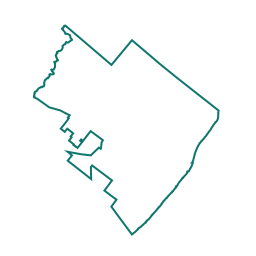 the district of Magdalena, Buenos Aires, Argentina, rotated 86°
{"feature_id": "61730980B51096129050346", "entity_name": "Magdalena", "entity_type": "district", "adm_level": 2, "iso_a3": "ARG", "parent_name": "Argentina", "parent_adm1": "Buenos Aires", "projection": "mercator", "projection_center": [-57.557, -35.188], "detail": "fine", "context": "isolated", "style": "outline", "palette": "teal", "viewbox_px": 256, "rotation_deg": 86, "n_neighbors": 0, "source": "geoboundaries", "source_scale": "gbopen_adm2", "svg_char_len": 5425}
<svg xmlns="http://www.w3.org/2000/svg" viewBox="0 0 256 256"><g transform="rotate(86 128 128)"><path d="M234.5,131.5L234.4,131.2L233.4,130.1L232.1,128.0L231.4,127.2L231.1,126.7L230.1,125.7L229.9,125.3L229.1,124.9L229.0,124.6L228.9,124.6L228.7,124.4L228.7,124.1L228.3,123.5L228.0,123.2L227.8,122.5L226.9,121.5L226.8,121.2L226.5,121.1L226.0,120.3L225.7,119.9L225.6,119.6L224.8,118.9L223.9,117.5L223.7,117.4L223.7,117.2L223.4,117.2L223.3,116.8L223.1,116.8L223.0,116.6L222.8,116.5L222.9,116.4L222.5,116.0L221.9,115.8L221.7,115.5L221.5,115.1L221.1,114.9L220.7,114.0L219.9,113.1L218.6,111.9L217.0,110.5L216.7,110.4L216.7,110.2L216.4,110.1L216.3,109.8L216.1,109.7L216.0,109.4L215.5,109.1L215.2,108.6L214.6,108.2L214.4,107.9L214.2,107.8L214.0,107.4L213.1,106.4L212.6,106.0L212.0,105.3L211.9,105.3L211.7,105.1L211.5,104.8L210.7,104.3L210.7,104.1L210.2,103.8L210.0,103.4L209.4,103.0L209.4,102.8L208.8,102.1L208.5,102.1L208.4,101.8L208.1,101.3L207.2,100.7L206.6,100.1L206.5,99.9L206.1,99.7L205.7,99.7L205.4,99.4L205.4,99.2L205.2,99.1L204.9,98.9L204.7,98.6L204.2,98.2L203.9,98.1L203.7,97.9L203.7,97.7L203.4,97.5L203.1,97.4L203.0,97.2L202.9,97.0L202.8,96.9L202.6,96.6L202.2,96.3L202.2,96.2L201.7,95.8L201.0,95.1L200.9,94.9L200.5,94.5L200.4,94.1L199.9,93.8L199.9,93.6L199.6,93.4L199.6,93.5L199.5,93.3L198.4,92.5L198.2,92.1L197.8,91.6L197.5,91.4L197.4,91.2L196.7,90.4L196.5,90.2L196.2,90.0L196.2,89.9L195.6,89.4L195.4,89.0L194.8,88.5L194.9,88.4L194.7,88.3L194.5,88.0L194.4,88.1L193.6,87.1L192.9,86.6L192.5,86.1L192.2,86.0L192.0,85.7L191.6,85.4L191.0,84.7L190.5,84.5L190.5,84.4L190.4,84.4L190.4,84.2L189.9,83.8L189.7,83.9L189.6,83.6L189.3,83.6L189.3,83.4L188.8,83.0L188.5,82.7L188.1,82.4L187.6,82.1L186.7,81.5L185.2,80.3L184.1,79.1L183.6,78.7L182.7,78.0L182.6,77.8L182.3,77.7L181.9,77.0L181.7,77.0L181.7,76.7L181.3,76.5L181.3,76.4L181.0,76.3L180.9,76.1L180.7,76.0L180.7,75.8L180.0,75.1L179.7,75.0L179.6,74.8L178.7,73.7L177.9,72.9L177.6,72.7L177.0,72.1L176.5,71.9L176.0,72.2L175.6,72.0L175.7,71.6L175.4,71.4L175.5,71.0L175.5,70.6L175.3,70.2L175.0,70.0L174.9,69.9L173.3,69.1L173.2,69.0L172.9,68.8L172.3,68.3L171.9,68.2L171.2,67.5L170.6,67.3L170.1,67.0L169.6,66.9L168.7,66.3L167.0,65.8L166.8,66.0L166.8,66.3L166.4,65.9L165.7,65.7L164.6,65.1L162.5,64.5L159.8,63.5L159.4,63.5L159.0,63.3L157.8,62.9L154.7,61.4L154.4,61.3L154.1,61.1L153.2,60.7L151.7,59.9L151.2,59.4L150.3,59.0L150.0,58.7L149.7,58.6L149.1,58.1L148.6,57.7L148.2,57.7L148.0,57.2L147.9,57.2L147.3,56.6L146.4,55.8L146.1,55.6L146.0,55.3L145.7,55.1L145.6,54.9L145.2,54.7L144.3,53.5L143.9,53.3L143.6,52.9L142.5,52.0L141.4,50.8L140.3,49.9L140.0,49.8L138.3,48.2L137.4,47.7L136.6,46.7L136.2,46.4L135.8,46.0L135.2,45.6L134.6,45.1L133.1,44.2L132.6,43.7L130.6,42.3L130.4,42.0L129.8,41.7L128.9,40.6L128.4,40.5L128.0,39.7L127.6,39.4L127.3,39.0L126.6,38.5L124.8,37.6L123.8,37.4L123.5,37.4L123.0,37.2L122.8,37.2L122.2,37.1L121.8,37.2L121.4,37.2L120.8,37.0L119.3,36.8L119.1,37.0L118.7,36.8L118.4,36.8L116.9,36.4L82.3,74.6L67.8,90.2L40.7,117.9L63.9,140.1L21.5,183.3L21.8,183.8L21.6,184.3L21.7,184.6L22.5,184.8L22.9,185.2L23.1,185.3L23.4,185.6L23.4,186.0L24.1,186.7L24.5,186.9L24.9,186.8L25.0,186.6L25.1,186.1L25.3,185.8L26.0,185.8L28.2,184.2L29.3,184.1L29.7,183.9L29.7,183.6L29.4,183.4L29.4,183.1L29.9,182.3L30.2,181.3L31.5,179.4L32.0,179.2L32.7,179.1L33.6,179.2L34.1,179.1L34.6,178.6L35.7,178.0L35.9,177.7L36.3,177.8L36.4,178.1L36.4,178.3L36.4,178.6L37.2,179.3L37.5,180.2L38.4,181.2L38.6,182.3L38.4,183.0L38.0,183.6L38.1,183.9L38.5,184.2L39.9,184.6L40.0,184.9L40.2,185.7L40.9,186.6L41.2,187.2L41.4,187.5L42.0,187.6L42.6,187.4L43.9,187.8L45.7,189.0L46.3,190.2L46.3,191.7L46.6,192.3L47.0,192.7L47.3,193.6L47.6,193.6L47.9,193.1L48.4,193.2L48.5,193.3L48.3,193.8L48.5,194.0L49.5,194.2L49.9,194.7L50.6,195.0L51.2,194.6L52.0,194.8L53.1,194.2L54.2,194.0L54.6,193.9L55.2,193.2L55.6,193.2L55.8,193.4L56.0,194.3L56.8,195.2L56.7,196.5L56.9,196.9L57.3,197.0L58.6,196.2L59.2,196.5L60.3,196.3L60.7,196.3L61.2,196.5L62.0,196.6L62.5,196.7L63.6,197.5L64.5,198.0L64.7,198.7L64.7,199.0L64.8,199.4L64.7,199.6L64.5,199.8L64.3,200.1L64.4,200.4L64.5,200.5L65.0,200.0L65.5,200.0L66.0,199.9L66.3,199.5L66.9,199.2L67.2,198.7L67.4,198.5L68.0,198.3L68.8,198.3L69.2,198.8L69.1,199.6L69.3,200.7L69.2,201.1L68.7,201.9L68.8,202.2L69.0,202.5L69.6,202.8L70.7,202.6L71.0,202.7L71.5,203.2L71.9,203.4L72.2,203.8L72.1,204.2L72.6,204.4L72.8,204.5L72.7,205.2L72.8,205.4L73.2,206.0L73.9,206.4L74.2,207.2L74.7,207.8L75.1,207.9L75.8,207.9L76.2,208.0L76.8,208.5L77.4,208.5L78.5,208.3L79.1,208.6L79.8,208.6L80.4,208.9L80.6,209.1L80.6,209.6L80.9,210.2L80.7,210.6L81.3,210.9L81.1,211.6L81.1,212.3L81.7,212.9L81.7,213.3L81.9,213.7L82.6,214.8L83.0,215.1L83.5,215.6L84.2,215.8L84.2,216.2L84.7,216.6L85.0,217.0L85.2,218.0L85.3,218.2L86.0,218.6L86.4,218.5L86.5,218.7L86.9,218.5L87.1,218.6L87.3,219.0L87.5,219.1L88.9,219.4L89.2,219.3L89.6,219.0L90.1,219.6L90.9,219.5L92.5,216.5L101.9,205.1L105.7,194.4L110.4,186.8L111.2,185.3L113.5,187.3L114.2,186.4L118.2,189.8L124.0,195.1L127.4,191.4L124.5,188.6L129.5,183.1L132.5,185.8L133.4,184.9L136.4,187.7L140.6,183.2L141.1,183.6L142.8,181.8L142.6,181.6L144.3,179.7L138.9,174.8L137.3,176.6L136.2,175.6L137.8,173.8L128.5,165.5L138.4,153.9L140.7,155.4L145.5,156.2L146.9,156.7L145.5,158.4L152.7,167.0L150.9,176.7L147.5,189.9L151.4,185.8L156.4,190.4L176.4,168.3L164.5,167.8L162.9,166.4L179.2,147.6L188.8,155.9L198.7,144.5L205.3,150.1L220.6,140.4L234.5,131.5Z" fill="none" stroke="#0f766e" stroke-width="2"/></g></svg>